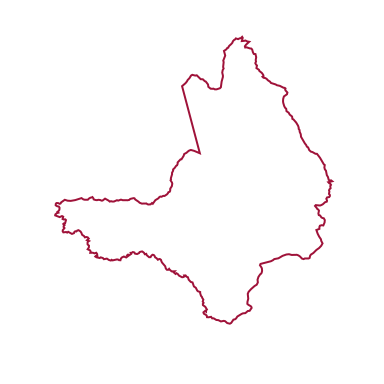 outline of Seringueiras, Rondônia, Brazil, rotated 75°
{"feature_id": "56859067B10080877774160", "entity_name": "Seringueiras", "entity_type": "district", "adm_level": 2, "iso_a3": "BRA", "parent_name": "Brazil", "parent_adm1": "Rondônia", "projection": "orthographic", "projection_center": [-63.234, -11.893], "detail": "fine", "context": "isolated", "style": "outline", "palette": "rose", "viewbox_px": 384, "rotation_deg": 75, "n_neighbors": 0, "source": "geoboundaries", "source_scale": "gbopen_adm2", "svg_char_len": 5954}
<svg xmlns="http://www.w3.org/2000/svg" viewBox="0 0 384 384"><g transform="rotate(75 192 192)"><path d="M87.2,174.2L156.6,174.4L152.8,179.3L151.1,182.2L151.2,183.5L151.4,184.6L152.7,187.2L153.3,189.7L154.9,190.7L157.7,193.7L157.5,194.6L159.7,198.2L161.1,198.6L162.3,199.5L162.6,200.5L164.4,202.7L165.3,204.4L166.5,204.7L168.4,206.4L169.6,206.6L173.3,208.9L174.4,209.0L175.1,209.7L177.7,208.9L178.9,208.9L181.2,210.0L183.1,212.1L185.2,212.8L186.0,213.5L186.1,214.9L187.0,215.6L187.8,216.8L188.7,219.5L188.3,220.8L188.7,222.7L188.2,223.8L188.5,224.9L189.4,226.1L190.4,229.5L193.2,232.9L192.3,233.5L193.2,235.2L192.8,237.3L192.3,238.2L191.3,239.0L190.2,243.5L188.8,245.4L187.6,246.1L184.5,248.8L183.2,249.2L182.8,250.1L182.7,253.4L183.4,254.7L183.3,256.3L182.0,261.0L181.0,262.6L181.2,265.6L180.5,266.6L181.0,269.9L180.5,271.7L179.9,272.6L180.0,273.9L178.6,274.9L175.9,277.7L177.1,280.6L176.9,281.7L176.0,282.7L175.3,284.5L175.3,285.9L174.7,287.4L173.7,288.9L172.6,288.9L171.1,289.5L171.3,290.4L171.2,291.6L171.7,293.3L172.5,294.6L171.7,297.6L171.0,298.9L169.3,300.3L169.6,306.9L169.2,311.4L168.2,314.4L166.6,316.9L168.2,321.2L169.0,321.8L169.2,322.8L168.0,324.3L167.6,325.8L168.3,326.7L169.6,327.1L170.8,326.0L171.6,324.4L172.9,324.0L174.8,324.7L175.7,325.6L176.4,327.1L177.4,326.5L177.5,328.1L178.3,329.8L179.2,330.2L182.0,326.3L181.6,323.8L182.5,322.8L184.6,324.0L185.3,323.1L185.6,321.5L186.5,321.0L189.4,322.7L189.1,323.6L189.6,324.6L191.1,323.8L191.6,324.7L192.5,325.1L193.8,324.5L195.4,326.7L196.6,327.1L197.7,326.7L198.1,323.9L198.9,323.1L198.4,321.9L201.4,318.8L201.2,316.7L200.2,316.0L199.7,314.9L200.2,313.9L199.5,312.7L199.5,311.5L201.3,309.9L202.9,309.4L204.9,309.2L206.6,307.7L208.1,307.2L208.1,305.8L208.8,304.5L210.3,303.8L211.4,305.9L212.7,304.2L213.1,305.5L214.1,306.1L215.6,306.4L217.2,305.4L218.9,306.0L220.3,307.6L222.0,305.6L223.2,305.3L224.4,306.0L225.0,303.5L226.0,302.1L225.9,300.2L227.3,299.7L229.4,300.0L228.8,301.3L229.3,302.1L230.4,301.1L231.9,298.2L231.5,297.1L232.7,295.2L234.1,294.5L234.3,291.5L236.2,289.8L237.2,288.1L236.7,287.2L237.5,286.4L237.7,281.9L238.2,280.8L238.9,280.2L239.4,278.8L237.9,277.9L237.1,276.7L236.7,274.5L238.2,272.5L237.4,270.5L236.4,271.1L235.9,270.0L236.9,269.2L236.1,266.9L234.9,267.0L235.1,265.8L234.7,264.7L235.5,263.3L236.8,263.0L237.7,261.1L237.3,259.0L236.5,258.2L236.4,256.4L236.6,255.4L238.3,254.1L239.9,253.7L239.9,252.2L241.3,252.1L243.9,250.3L244.2,248.9L243.0,247.7L242.4,246.4L242.9,245.3L244.1,244.7L245.6,244.5L246.7,243.4L248.6,242.5L248.2,241.0L248.7,240.1L249.6,239.5L251.0,239.5L252.4,239.2L256.8,237.1L259.1,237.1L260.6,236.4L261.0,235.1L260.3,234.0L261.2,233.7L263.4,232.2L264.1,229.3L264.8,230.5L266.9,229.1L266.4,228.1L267.5,227.0L269.4,226.2L271.8,223.6L271.9,222.4L271.6,221.1L270.6,221.2L270.9,219.8L272.5,219.1L273.3,218.0L275.8,217.9L278.5,216.5L279.5,214.9L283.7,214.6L285.5,213.1L288.5,212.5L289.4,212.0L290.7,210.0L291.8,210.3L294.6,210.2L295.8,209.6L297.0,209.5L298.9,208.9L300.6,210.0L302.1,209.5L302.9,210.5L304.1,210.7L306.3,208.9L309.4,208.0L309.9,209.0L311.2,209.4L310.3,210.2L311.2,212.1L312.2,212.1L313.1,211.7L313.8,210.7L315.1,209.8L316.8,209.9L317.3,208.4L317.5,205.9L319.3,205.2L319.6,203.8L321.9,201.6L322.6,199.7L324.5,197.6L324.7,194.6L325.4,193.4L327.7,191.9L329.0,189.5L328.6,188.0L326.0,185.0L326.1,183.5L325.6,182.2L324.0,180.4L322.6,175.6L322.4,174.2L322.8,171.8L321.4,168.9L321.7,167.1L319.4,164.4L318.4,164.4L317.5,164.8L315.5,166.8L314.4,167.5L312.3,166.8L309.7,165.3L304.8,164.5L303.1,163.2L301.1,160.1L299.0,155.9L298.3,153.5L296.4,151.8L293.7,151.4L291.2,149.8L289.2,147.5L288.7,146.3L288.0,145.6L286.3,144.7L284.1,144.3L283.0,144.4L280.3,145.3L279.2,144.4L279.3,133.7L278.8,131.4L278.1,129.9L278.4,125.7L277.1,121.0L276.8,117.0L277.2,114.4L278.6,112.0L279.8,107.0L280.8,105.6L282.2,104.4L284.8,103.0L285.7,101.5L285.4,100.1L286.4,96.6L286.1,95.4L284.4,94.6L283.3,93.5L282.3,90.5L280.2,86.9L279.0,83.7L277.4,81.1L275.4,79.2L272.8,79.8L271.0,79.7L268.1,80.7L264.9,81.4L260.9,81.7L260.6,78.5L258.8,78.0L257.7,77.2L257.6,75.5L258.3,73.8L255.7,71.8L253.5,71.0L251.5,71.5L250.8,72.8L250.0,73.6L247.9,74.3L247.1,75.5L245.5,75.5L242.9,74.2L241.6,74.6L240.8,75.4L239.7,75.7L237.3,76.8L236.7,75.9L238.2,71.8L238.1,70.5L237.7,68.8L236.3,66.1L236.2,64.3L235.3,63.8L233.3,64.0L232.2,62.9L232.4,60.8L231.5,59.8L230.5,59.6L229.3,60.2L227.2,59.2L225.8,59.2L224.9,58.4L224.3,57.2L222.0,56.9L221.1,55.9L219.9,56.3L219.0,57.2L217.8,57.8L217.9,53.8L216.7,54.7L216.7,55.8L215.7,56.8L212.7,56.8L210.6,57.4L206.1,57.1L204.5,57.8L202.6,57.8L200.3,56.8L199.4,57.5L192.1,59.5L187.5,61.4L187.0,62.9L184.6,65.3L183.8,66.7L181.9,67.9L179.0,68.3L177.9,69.3L176.1,69.6L174.3,70.4L166.9,72.4L164.3,72.0L161.8,72.4L159.9,72.1L158.7,72.6L157.3,72.3L155.4,72.4L151.9,73.4L148.2,75.2L147.4,76.1L145.0,75.8L142.5,77.6L140.4,78.1L138.4,79.8L135.9,79.5L134.7,80.3L132.8,80.7L129.5,80.8L128.0,80.6L125.8,79.9L123.5,78.5L122.2,75.0L120.6,74.1L118.1,75.4L117.1,75.5L116.2,74.9L115.4,75.5L115.0,76.6L112.2,79.7L110.8,82.4L109.8,83.3L107.1,87.5L105.6,88.1L103.7,89.8L102.1,90.6L101.0,91.6L100.1,93.4L98.9,94.1L98.5,92.9L97.2,92.9L95.1,93.7L92.5,95.6L91.3,95.7L89.0,97.7L86.6,96.5L85.4,97.2L83.9,97.5L82.6,96.4L81.0,96.3L78.4,95.1L75.2,95.0L74.6,96.6L72.7,97.0L70.0,97.0L68.8,97.6L68.3,98.9L66.4,101.8L66.2,103.2L64.9,103.2L63.7,101.7L61.7,97.9L60.9,99.6L59.5,101.2L59.5,102.6L59.1,104.8L56.2,103.1L55.1,103.4L56.1,105.2L55.9,106.3L56.3,107.9L55.0,109.9L55.8,110.9L56.0,111.9L57.0,113.5L58.3,114.4L59.3,115.9L60.4,118.1L61.1,119.0L62.0,119.6L62.1,120.8L63.1,121.9L64.0,124.6L68.8,124.6L73.2,127.8L74.7,127.8L79.4,129.6L80.9,129.5L82.2,130.8L84.5,131.9L87.5,132.0L88.9,132.4L93.0,134.8L98.3,137.0L99.0,138.2L99.2,141.7L98.8,143.3L97.7,144.6L97.6,145.6L97.0,147.3L94.6,149.0L92.3,148.7L88.9,150.1L88.2,151.0L85.9,152.4L85.3,154.4L80.5,157.2L80.4,158.7L78.9,161.4L79.3,162.8L81.4,165.0L82.7,167.2L83.9,168.3L85.2,170.1L87.2,174.2Z" fill="none" stroke="#9f1239" stroke-width="2"/></g></svg>